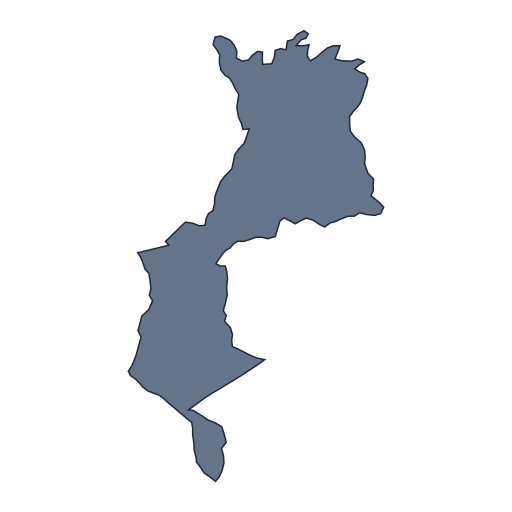 Vargeão, Santa Catarina, Brazil (orthographic projection)
{"feature_id": "56859067B23018615290529", "entity_name": "Vargeão", "entity_type": "district", "adm_level": 2, "iso_a3": "BRA", "parent_name": "Brazil", "parent_adm1": "Santa Catarina", "projection": "orthographic", "projection_center": [-52.122, -26.799], "detail": "fine", "context": "isolated", "style": "filled", "palette": "slate", "viewbox_px": 512, "rotation_deg": 0, "n_neighbors": 0, "source": "geoboundaries", "source_scale": "gbopen_adm2", "svg_char_len": 2638}
<svg xmlns="http://www.w3.org/2000/svg" viewBox="0 0 512 512"><path d="M242.9,129.5L249.2,128.9L246.8,136.0L244.1,143.3L238.3,149.5L234.7,154.9L233.2,162.7L231.8,168.8L228.1,172.8L224.5,176.4L220.7,181.4L218.4,187.1L216.2,192.5L214.6,198.0L214.6,203.5L212.9,210.7L208.6,213.5L206.3,217.9L204.9,225.4L199.1,225.7L192.9,223.3L185.5,222.1L165.5,241.4L168.8,245.2L137.7,252.8L140.4,256.7L142.5,261.7L145.0,269.1L148.8,273.3L150.0,280.4L150.9,288.6L149.3,295.4L152.6,300.8L148.6,309.7L141.8,316.2L138.0,330.6L141.1,337.1L135.8,356.1L132.0,365.6L128.3,371.3L130.7,375.8L135.3,378.9L139.4,383.0L143.1,387.3L148.2,391.1L159.3,395.3L163.3,398.3L167.2,401.9L186.1,417.9L191.7,422.5L192.6,427.9L192.7,435.1L193.9,443.4L194.2,450.1L196.0,456.9L196.5,462.1L199.6,466.1L204.1,472.9L210.3,477.3L215.6,481.3L219.5,476.4L222.1,470.4L224.0,462.8L223.4,455.3L221.5,448.5L226.2,442.3L223.8,432.8L221.8,426.8L215.6,423.0L208.1,420.0L202.3,416.0L197.3,413.0L193.4,410.5L188.6,409.8L205.0,397.8L212.7,392.9L239.6,376.6L257.0,365.2L264.7,359.6L256.4,357.9L247.9,354.1L239.6,349.8L232.3,346.5L231.7,340.1L232.5,334.7L230.4,327.6L224.6,321.4L226.2,315.4L223.3,310.7L225.3,303.4L227.2,295.4L226.7,286.9L227.5,278.5L226.7,271.4L225.3,266.0L220.6,266.0L215.9,263.8L218.5,259.8L221.8,254.9L225.3,250.8L230.1,247.9L233.5,243.9L237.4,241.3L243.6,241.4L249.3,239.7L255.8,237.3L262.0,237.3L267.8,238.7L275.3,236.5L277.7,228.3L280.0,221.0L283.9,217.9L289.8,220.8L295.2,223.8L300.7,220.7L306.3,218.1L313.4,220.3L318.9,224.1L324.7,227.0L330.1,223.0L335.8,221.4L340.4,219.2L348.2,216.2L354.2,216.2L359.8,212.7L366.4,214.5L374.8,215.4L380.8,213.5L383.7,207.2L379.7,202.9L375.2,199.1L371.0,195.8L373.4,190.4L373.1,184.5L373.6,179.1L368.0,173.3L364.6,163.9L365.2,157.1L364.6,150.3L361.3,142.8L354.7,137.1L350.4,131.4L349.7,125.2L349.6,116.5L353.6,111.0L357.2,107.2L360.1,103.4L362.6,97.2L364.5,90.7L366.6,85.3L367.9,78.5L364.7,73.6L360.1,72.2L354.7,69.0L359.4,64.8L364.5,61.7L358.0,59.0L351.6,61.2L347.0,60.9L342.0,60.9L334.9,58.9L337.6,52.5L340.0,45.7L333.5,45.7L327.7,47.8L322.3,52.0L316.7,57.0L310.5,60.8L307.4,56.6L307.6,50.9L309.1,44.7L302.5,45.9L296.2,45.6L300.8,40.0L305.7,38.3L308.3,33.8L304.0,30.7L297.1,34.3L293.2,39.4L287.3,41.1L286.2,49.7L280.5,48.7L275.3,50.3L274.2,57.9L271.7,63.8L262.6,64.4L262.3,58.5L262.5,52.2L257.5,51.4L252.4,55.2L248.5,60.0L242.0,61.1L236.4,57.9L236.8,51.3L234.2,45.1L230.1,40.2L225.2,37.8L220.4,36.0L215.0,37.1L213.1,44.6L217.0,50.0L219.6,54.9L219.4,62.5L220.8,70.0L225.0,75.3L229.5,78.2L232.5,82.8L234.7,87.7L238.8,94.5L237.8,100.6L236.8,107.5L238.5,117.2L241.7,124.1L242.9,129.5Z" fill="#64748b" stroke="#1e293b" stroke-width="1.5"/></svg>